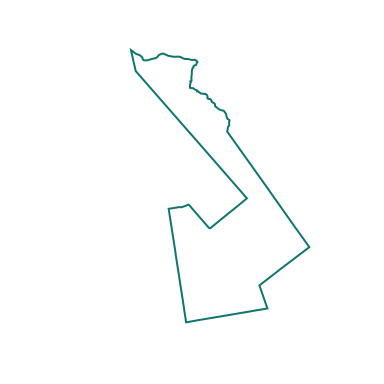 outline of Ouro Preto do Oeste, Rondônia, Brazil, rotated 303°
{"feature_id": "56859067B7033309117627", "entity_name": "Ouro Preto do Oeste", "entity_type": "district", "adm_level": 2, "iso_a3": "BRA", "parent_name": "Brazil", "parent_adm1": "Rondônia", "projection": "orthographic", "projection_center": [-62.001, -10.509], "detail": "fine", "context": "isolated", "style": "outline", "palette": "teal", "viewbox_px": 384, "rotation_deg": 303, "n_neighbors": 0, "source": "geoboundaries", "source_scale": "gbopen_adm2", "svg_char_len": 1746}
<svg xmlns="http://www.w3.org/2000/svg" viewBox="0 0 384 384"><g transform="rotate(303 192 192)"><path d="M79.5,258.1L87.5,266.6L135.4,318.7L142.2,309.9L150.4,299.4L176.2,308.4L209.6,320.4L213.5,310.7L215.9,304.5L218.1,298.8L222.8,287.0L225.5,280.3L227.5,275.3L231.6,265.0L238.2,248.6L242.6,237.4L261.9,188.5L263.3,188.1L265.5,187.0L266.6,186.8L268.2,186.8L269.5,186.1L270.4,185.2L271.7,184.9L272.7,184.3L272.7,181.7L274.4,179.6L276.1,177.9L276.7,176.3L277.4,174.5L276.2,170.9L276.1,169.1L276.6,164.5L278.2,163.4L278.6,162.0L278.4,160.8L278.4,159.5L279.5,158.0L279.9,156.5L279.3,155.7L278.9,154.2L279.7,153.4L280.6,153.0L281.4,151.9L281.6,149.8L280.9,148.9L280.5,147.8L279.4,145.8L279.6,143.6L279.8,142.3L279.1,141.6L279.9,140.8L279.5,138.3L279.7,136.3L278.8,135.0L278.3,133.5L279.5,132.7L281.8,131.6L283.2,131.3L283.9,130.3L284.9,131.0L285.8,130.6L286.5,129.9L287.4,129.2L291.4,127.3L292.7,126.3L294.4,125.6L296.0,125.0L296.9,125.4L298.1,124.8L299.5,125.1L300.7,126.2L302.0,125.9L303.0,125.6L304.0,125.8L304.5,124.8L304.4,122.2L303.3,120.9L302.3,119.2L301.5,116.6L299.8,113.7L299.2,111.6L299.1,109.8L298.9,108.7L298.1,106.8L295.7,103.4L294.7,101.4L293.2,97.5L292.5,92.5L291.3,91.3L290.1,90.4L289.0,89.8L287.7,89.4L286.7,89.6L284.4,88.5L282.8,86.9L277.9,82.6L276.9,81.0L276.2,79.5L276.5,78.5L277.5,77.4L278.1,75.8L278.2,74.4L278.2,73.2L277.5,70.5L277.4,68.8L277.8,63.6L276.7,64.6L262.8,78.9L243.9,145.5L236.3,172.5L216.6,241.5L204.8,237.8L193.9,234.2L188.2,232.4L182.4,230.5L171.5,227.0L171.1,225.8L179.3,197.3L179.6,196.1L173.5,191.6L172.7,189.9L165.2,181.6L154.2,191.4L143.1,201.4L134.6,209.0L130.1,212.9L124.5,217.9L115.5,226.0L104.6,235.7L95.9,243.5L91.4,247.5L87.6,250.8L79.5,258.1Z" fill="none" stroke="#0f766e" stroke-width="2"/></g></svg>